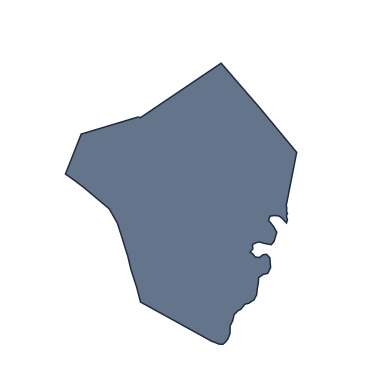 R'Kiz, Trarza, Mauritania, rotated 310°
{"feature_id": "47542326B92400580164100", "entity_name": "R'Kiz", "entity_type": "district", "adm_level": 2, "iso_a3": "MRT", "parent_name": "Mauritania", "parent_adm1": "Trarza", "projection": "mercator", "projection_center": [-15.137, 16.952], "detail": "fine", "context": "isolated", "style": "filled", "palette": "slate", "viewbox_px": 384, "rotation_deg": 310, "n_neighbors": 0, "source": "geoboundaries", "source_scale": "gbopen_adm2", "svg_char_len": 1011}
<svg xmlns="http://www.w3.org/2000/svg" viewBox="0 0 384 384"><g transform="rotate(310 192 192)"><path d="M289.7,246.4L299.9,190.4L309.4,131.5L216.1,104.8L214.4,102.2L165.2,69.9L124.4,83.5L125.3,94.3L125.9,105.5L125.9,139.5L120.2,154.8L112.1,167.7L105.6,177.6L101.6,184.0L93.2,195.3L83.5,210.8L74.6,223.3L89.4,298.4L90.2,302.8L91.4,306.0L92.8,310.4L95.2,313.6L98.8,314.1L102.3,314.0L108.0,312.1L113.9,307.3L119.8,305.8L125.1,303.1L131.0,303.6L133.4,304.8L139.9,304.6L143.5,307.1L149.5,308.8L154.7,307.6L160.0,304.1L165.5,300.9L169.2,298.1L174.5,299.4L178.3,302.3L184.5,300.9L191.6,294.0L192.2,289.2L189.6,286.7L185.2,285.8L182.8,282.2L183.6,278.7L183.4,275.2L187.5,275.2L190.6,272.1L194.2,273.6L197.0,275.6L199.0,280.2L202.6,286.6L207.0,286.6L215.7,282.8L217.9,276.9L219.7,268.6L223.8,267.4L226.9,270.2L229.5,274.0L229.8,277.7L229.0,284.3L232.2,282.9L233.3,280.9L235.3,279.1L236.8,279.1L237.9,276.9L240.8,274.8L242.2,272.9L289.7,246.7L289.7,246.4Z" fill="#64748b" stroke="#1e293b" stroke-width="1.5"/></g></svg>